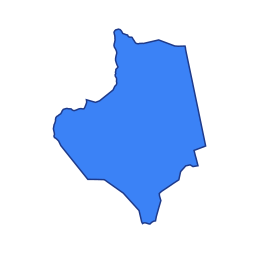 Ribeira do Pombal, Bahia, Brazil, rotated 347°
{"feature_id": "56859067B15668826458342", "entity_name": "Ribeira do Pombal", "entity_type": "district", "adm_level": 2, "iso_a3": "BRA", "parent_name": "Brazil", "parent_adm1": "Bahia", "projection": "natural_earth1", "projection_center": [-38.58, -10.794], "detail": "fine", "context": "isolated", "style": "filled", "palette": "blue", "viewbox_px": 256, "rotation_deg": 347, "n_neighbors": 0, "source": "geoboundaries", "source_scale": "gbopen_adm2", "svg_char_len": 2115}
<svg xmlns="http://www.w3.org/2000/svg" viewBox="0 0 256 256"><g transform="rotate(347 128 128)"><path d="M69.2,95.3L67.8,96.4L66.7,97.9L65.5,99.1L64.1,99.5L62.6,100.3L61.2,100.7L60.1,101.6L59.3,103.2L59.0,104.6L58.4,105.8L57.5,107.2L56.7,108.2L56.0,109.9L55.1,112.0L55.1,113.7L55.1,116.0L54.9,117.8L54.0,119.2L54.2,120.8L55.1,121.5L56.3,123.1L57.5,125.1L58.0,127.4L58.6,130.1L62.2,137.6L77.3,169.0L85.6,171.0L93.3,173.0L108.8,190.4L110.5,193.5L112.4,196.9L114.4,200.5L120.2,210.9L120.2,220.8L120.2,222.5L120.7,224.4L122.0,224.0L123.2,224.2L124.2,224.6L125.2,225.2L126.7,226.1L127.8,226.5L129.1,225.7L130.7,224.9L132.3,224.6L133.9,224.7L135.7,220.6L139.4,213.8L140.0,212.7L143.7,206.1L143.5,202.9L143.4,201.3L143.7,198.9L145.1,198.0L146.9,197.1L148.2,196.6L153.8,194.5L159.4,192.3L165.9,189.9L168.4,184.5L169.5,182.3L175.7,177.9L180.3,177.9L182.6,180.2L187.7,180.5L187.5,172.0L187.4,170.8L187.3,164.7L191.7,164.1L199.6,163.0L200.3,132.3L200.5,124.9L200.6,119.2L201.0,101.0L201.1,97.4L201.2,91.4L201.5,76.5L201.7,67.2L201.8,64.3L202.0,62.8L202.0,61.0L195.2,59.6L192.0,58.6L177.7,49.1L175.6,49.1L174.0,49.1L162.2,49.1L160.9,48.7L159.6,48.5L158.5,48.2L157.2,48.3L156.2,48.0L155.0,47.4L154.2,46.2L153.7,44.6L152.8,42.2L152.4,40.7L151.4,40.1L150.2,40.0L148.9,39.0L148.5,37.3L147.1,36.6L145.6,35.6L144.1,34.6L143.7,32.9L143.2,31.6L142.5,30.4L140.9,29.5L139.7,29.6L138.2,29.6L137.1,30.2L135.9,31.5L135.8,33.4L135.9,34.8L135.7,36.6L135.4,37.8L135.2,39.4L134.6,40.6L134.1,41.8L133.4,43.0L132.9,44.4L132.9,46.1L133.6,48.2L134.0,50.2L134.0,51.8L133.7,53.0L132.8,54.6L132.1,56.1L131.5,57.6L131.1,59.4L131.2,61.2L131.4,63.5L131.7,65.1L132.0,66.3L130.8,67.3L129.4,68.1L129.0,69.5L128.3,70.8L128.3,72.3L127.4,73.3L127.3,74.9L128.0,76.6L127.8,78.3L127.2,80.1L127.2,81.7L126.4,83.2L124.5,84.4L123.1,86.2L122.0,87.6L106.5,95.1L105.2,95.3L102.1,95.7L93.8,91.1L93.7,92.6L93.4,93.9L92.3,95.7L91.3,97.1L90.4,98.4L89.3,99.4L87.9,99.1L86.6,98.5L84.7,98.3L83.4,98.5L81.9,98.8L79.9,99.0L78.7,98.7L77.7,97.9L77.0,96.7L75.9,96.3L74.3,95.9L73.2,95.3L72.2,95.1L70.6,95.2L69.2,95.3Z" fill="#3b82f6" stroke="#1e3a8a" stroke-width="1.5"/></g></svg>